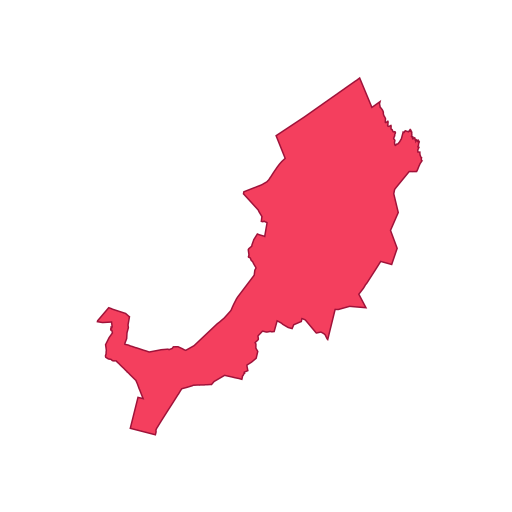 the district of Asunción Ixtaltepec, Oaxaca, Mexico, rotated 14°
{"feature_id": "50627088B96030209859485", "entity_name": "Asunción Ixtaltepec", "entity_type": "district", "adm_level": 2, "iso_a3": "MEX", "parent_name": "Mexico", "parent_adm1": "Oaxaca", "projection": "equal_earth", "projection_center": [-94.983, 16.644], "detail": "fine", "context": "isolated", "style": "filled", "palette": "rose", "viewbox_px": 512, "rotation_deg": 14, "n_neighbors": 0, "source": "geoboundaries", "source_scale": "gbopen_adm2", "svg_char_len": 6020}
<svg xmlns="http://www.w3.org/2000/svg" viewBox="0 0 512 512"><g transform="rotate(14 256 256)"><path d="M275.8,369.2L273.8,364.9L273.6,364.0L277.4,360.0L280.9,355.2L280.8,348.2L278.2,345.5L278.0,344.8L277.7,343.5L277.2,341.4L276.1,340.3L276.6,339.4L277.5,338.1L278.3,336.7L278.4,336.3L278.3,335.9L278.2,335.4L277.4,333.6L277.3,333.3L277.3,333.0L278.1,331.5L280.4,327.5L280.7,327.3L283.2,327.3L284.3,327.3L285.4,327.0L287.7,325.9L288.2,325.7L289.0,325.8L289.8,325.7L291.9,324.9L291.9,324.4L292.2,313.8L294.4,314.3L296.6,314.9L297.2,315.1L298.5,315.8L304.5,317.6L304.9,317.6L308.6,317.7L309.2,313.9L309.2,313.6L315.8,308.6L315.7,305.6L316.3,305.6L318.9,306.0L319.6,306.3L332.9,316.0L333.3,316.1L334.7,315.4L337.1,314.2L337.9,314.2L339.1,314.5L341.0,315.1L341.9,315.6L342.5,316.1L343.2,317.0L344.7,318.8L345.3,319.4L345.8,319.7L345.7,291.0L345.7,288.7L348.8,288.0L359.0,282.2L375.2,279.6L365.0,268.2L368.0,261.4L368.8,258.9L369.1,257.6L370.0,255.8L375.4,239.9L378.3,231.1L389.7,231.4L391.1,214.4L380.3,198.6L383.5,179.4L374.6,162.3L374.4,157.9L375.3,155.8L384.2,137.0L387.7,136.2L391.4,135.2L391.9,133.0L392.3,129.9L392.9,126.5L394.0,123.6L393.6,123.6L392.8,121.5L392.9,120.6L392.0,120.1L390.7,118.2L390.0,116.3L389.9,115.6L387.9,115.9L387.3,114.0L387.8,111.2L387.1,111.3L386.6,110.6L386.9,109.6L386.6,107.7L386.8,105.7L386.5,105.4L386.3,105.2L386.0,105.4L385.8,105.7L385.4,105.8L385.3,104.4L384.4,104.7L384.3,105.2L383.8,105.3L383.7,105.1L383.5,105.6L383.4,105.0L382.9,105.5L382.7,105.4L382.6,104.5L382.5,104.2L382.2,104.1L381.9,104.0L381.6,103.6L381.6,103.1L381.1,103.0L381.0,103.8L379.6,104.4L379.3,103.5L379.6,103.0L379.3,102.4L378.7,102.4L378.4,102.7L377.9,102.4L378.0,101.0L377.4,99.4L377.4,98.8L376.9,97.8L375.6,97.7L376.0,96.6L375.0,96.0L373.9,98.6L370.5,98.4L369.7,100.3L368.8,100.1L368.7,107.4L368.6,107.8L368.4,108.0L368.3,108.5L368.1,109.2L367.6,110.8L367.0,112.0L366.7,112.7L366.3,113.1L366.1,113.3L365.7,113.3L365.4,113.4L365.2,113.7L365.0,114.3L364.7,114.8L364.4,115.0L363.6,114.2L363.4,113.7L363.2,113.0L362.9,112.3L362.8,111.9L362.9,111.0L362.9,110.6L362.4,109.8L362.2,109.6L361.8,109.3L361.5,109.2L361.3,108.9L361.1,108.5L361.2,107.7L361.3,107.1L361.3,106.6L361.5,106.1L361.5,105.6L361.3,105.3L361.2,104.6L361.5,103.0L361.4,102.5L361.2,102.1L360.9,101.9L360.5,101.8L360.1,102.1L359.8,102.2L359.0,102.3L358.6,101.8L358.2,101.4L357.7,100.7L357.4,100.4L356.9,100.4L356.6,100.3L356.1,99.4L355.8,98.0L355.7,97.5L355.6,97.1L355.3,96.7L353.7,98.1L353.3,98.0L353.0,98.1L352.6,98.1L352.3,97.8L352.1,97.3L352.1,97.0L352.2,96.5L351.9,95.3L351.9,94.7L351.8,94.3L351.7,94.0L351.5,93.6L351.4,93.4L351.0,93.5L350.6,94.4L349.8,95.1L349.5,95.2L349.2,95.1L348.7,93.1L348.6,92.4L348.5,91.8L348.4,91.4L348.2,91.0L347.8,90.7L347.5,90.3L347.3,90.0L346.6,89.4L346.2,88.9L345.6,88.1L345.1,87.0L344.9,86.4L344.8,85.7L344.4,85.1L344.0,84.5L343.7,84.2L343.2,83.6L342.9,83.4L341.9,82.5L341.5,82.2L340.9,81.9L340.4,81.5L340.2,80.9L339.9,80.3L339.6,79.7L339.0,78.4L339.0,76.2L332.5,83.8L313.5,58.2L310.8,61.6L310.3,62.0L306.4,66.5L303.7,69.6L269.3,109.4L246.4,134.4L260.7,154.2L258.1,158.2L256.5,161.3L254.9,165.1L253.9,167.9L253.7,168.4L253.6,168.5L253.5,168.9L252.6,171.4L251.7,174.1L251.2,175.7L250.9,176.2L249.9,179.2L249.3,180.1L248.8,181.1L248.5,181.5L244.1,185.7L228.7,196.6L228.8,198.7L247.0,210.8L248.3,212.4L252.2,216.3L252.8,221.1L254.4,221.1L254.7,220.8L255.3,220.4L255.8,220.3L256.2,220.5L257.3,220.7L258.0,220.8L258.7,221.1L259.7,234.9L259.3,234.8L259.0,234.8L254.0,234.6L252.0,234.3L249.9,240.7L249.9,240.8L249.8,242.1L249.4,246.0L249.5,247.3L249.4,247.7L249.2,247.9L247.3,250.6L247.2,250.8L247.1,251.2L247.0,251.4L247.0,251.6L247.0,251.8L247.2,252.4L248.7,256.1L248.8,256.4L248.9,256.8L248.9,258.1L249.0,258.5L248.9,258.7L249.3,259.0L249.8,259.0L250.4,259.1L251.0,259.4L252.5,261.5L253.6,262.0L254.2,262.4L255.6,264.1L256.4,264.9L257.2,265.8L258.0,266.5L258.5,267.0L258.9,267.8L258.6,268.9L258.3,270.0L258.9,275.0L258.7,275.5L248.1,300.3L247.4,302.4L246.1,308.0L245.5,311.1L245.0,314.4L244.5,315.7L240.1,324.0L238.2,326.6L236.7,328.8L234.8,331.1L217.6,358.0L210.7,364.5L209.1,364.4L208.5,364.2L207.1,363.8L202.3,362.9L197.8,364.1L197.1,365.9L194.3,367.9L193.1,367.7L186.6,369.9L185.4,370.5L175.6,375.0L172.3,374.7L169.6,374.6L162.3,374.0L161.8,374.1L157.5,373.7L155.9,373.7L153.9,373.3L150.2,373.4L149.9,372.5L149.9,372.4L150.5,367.4L149.4,361.8L149.5,356.6L149.5,356.4L148.5,353.9L147.9,345.5L147.2,345.3L143.4,343.3L129.2,342.3L128.8,342.1L125.6,341.8L118.0,357.1L118.0,358.1L123.2,357.7L131.8,355.0L133.6,359.6L132.6,360.0L133.0,360.7L132.8,360.7L132.7,362.0L132.9,362.2L133.0,362.9L134.0,363.0L134.3,363.4L135.3,365.4L133.2,370.8L131.5,378.5L132.0,379.6L132.4,380.7L132.6,381.0L132.7,381.4L133.0,382.2L133.6,383.7L133.8,385.5L134.1,386.5L134.2,387.8L134.1,388.6L134.1,389.4L134.7,390.6L137.0,391.4L137.9,391.6L139.0,391.5L140.0,391.4L140.7,391.5L141.4,392.0L141.5,392.0L141.9,392.2L142.1,392.2L142.3,392.2L142.6,392.3L145.2,391.7L145.7,391.6L146.7,392.3L146.7,392.2L147.9,392.9L148.6,393.3L151.0,394.8L152.9,395.9L154.9,397.0L155.5,397.4L156.5,398.0L157.4,398.6L158.1,398.9L158.9,399.4L158.9,399.5L159.0,399.5L159.3,399.7L160.8,400.5L162.8,401.8L165.4,403.3L167.9,404.8L169.7,405.8L169.8,406.1L171.9,408.8L174.9,413.3L175.2,413.6L175.3,413.7L177.9,417.4L181.0,421.7L175.7,421.7L175.7,453.6L201.6,453.8L201.6,452.4L201.6,451.6L201.6,451.0L201.4,450.2L201.2,449.6L201.0,449.1L201.1,448.4L201.3,447.2L201.5,446.7L204.0,438.8L208.1,426.5L210.3,420.1L213.9,409.2L214.0,409.0L214.1,408.9L215.3,404.9L216.1,402.8L217.2,402.1L217.6,401.9L220.7,400.2L225.4,397.4L225.8,397.1L226.2,396.7L226.3,396.6L228.3,396.0L228.7,395.9L228.9,395.8L230.9,395.2L232.7,394.8L233.1,394.6L237.0,393.6L237.9,393.2L239.8,392.7L242.9,391.7L243.9,391.5L245.7,387.9L254.4,379.4L262.1,379.2L263.0,379.2L264.9,379.2L269.0,379.0L272.1,379.1L272.1,377.1L271.9,376.3L272.0,375.6L272.3,375.3L272.6,374.1L272.7,373.5L272.9,372.9L273.2,372.6L272.9,372.4L272.8,372.1L272.7,371.6L275.8,369.2Z" fill="#f43f5e" stroke="#9f1239" stroke-width="1.5"/></g></svg>